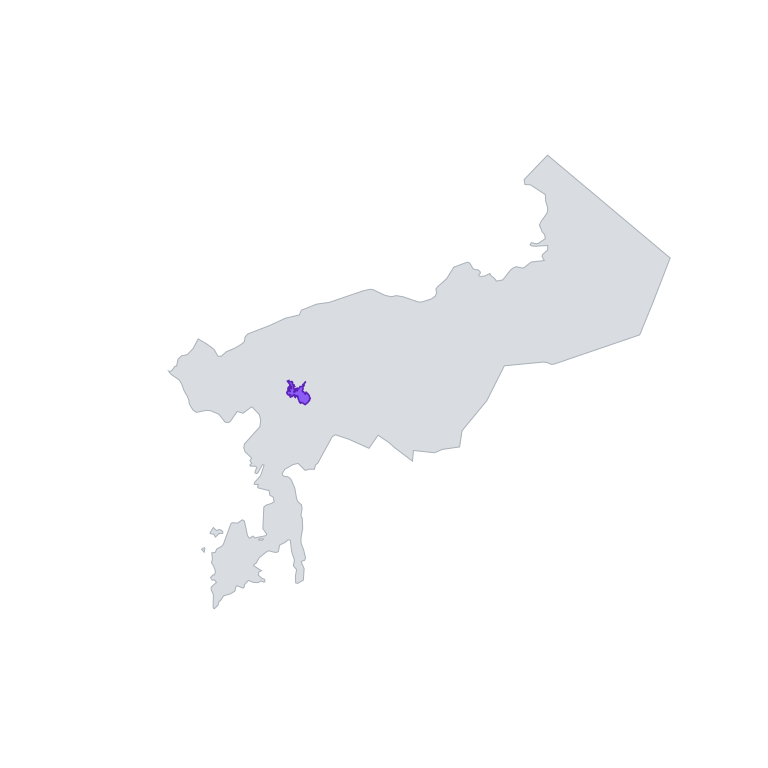 location of Kattakurgan, Samarkand, Uzbekistan, rotated 123°
{"feature_id": "79887680B42303592957509", "entity_name": "Kattakurgan", "entity_type": "district", "adm_level": 2, "iso_a3": "UZB", "parent_name": "Uzbekistan", "parent_adm1": "Samarkand", "projection": "orthographic", "projection_center": [66.271, 39.924], "detail": "fine", "context": "in_parent", "style": "filled", "palette": "violet", "viewbox_px": 768, "rotation_deg": 123, "n_neighbors": 0, "source": "geoboundaries", "source_scale": "gbopen_adm2", "svg_char_len": 6813}
<svg xmlns="http://www.w3.org/2000/svg" viewBox="0 0 768 768"><g transform="rotate(123 384 384)"><path d="M582.4,350.4L592.4,344.8L598.3,347.9L598.9,349.8L592.8,353.9L587.3,356.2L585.8,361.0L580.3,363.3L574.9,370.2L566.3,377.3L566.2,378.7L567.1,379.7L570.0,380.4L576.1,383.8L581.7,381.4L583.1,381.8L584.7,383.9L586.6,389.8L589.2,391.3L597.6,394.0L603.8,393.7L606.9,394.8L607.4,394.2L607.3,385.2L610.0,386.6L612.7,385.3L613.5,380.8L612.8,377.8L614.7,376.1L615.8,377.1L616.1,379.8L619.2,381.4L621.6,385.7L622.6,390.7L628.4,391.7L630.4,390.6L632.0,391.0L633.2,397.4L634.1,397.9L639.0,396.3L643.8,398.6L649.1,403.2L654.8,403.1L656.1,403.9L660.1,402.8L664.8,403.8L665.0,404.6L664.3,405.7L653.6,412.4L650.8,416.8L648.5,418.3L641.6,416.5L640.7,419.1L642.1,421.5L640.7,424.2L637.2,423.5L636.4,422.2L633.1,423.1L629.5,427.7L627.8,431.4L624.2,432.6L619.4,436.5L617.1,433.8L613.5,434.4L608.5,431.8L606.1,431.4L584.7,436.3L583.0,435.8L580.5,431.1L575.0,428.8L575.0,426.4L585.6,415.8L586.7,412.7L583.0,411.2L583.4,408.5L575.9,400.8L574.6,400.3L573.7,400.7L571.3,406.8L552.6,417.8L549.8,416.9L545.4,413.3L542.5,412.0L539.2,415.4L539.5,419.2L536.0,422.3L539.6,432.7L539.3,434.0L536.8,434.5L538.8,438.3L537.3,438.9L528.0,437.6L517.4,440.3L517.7,442.0L527.3,441.4L528.6,442.1L528.9,443.4L528.4,444.2L523.3,445.3L522.9,446.9L525.7,451.5L524.5,452.5L522.6,451.7L521.3,454.7L518.1,454.7L516.5,463.6L513.9,466.8L510.3,468.4L487.4,464.8L481.5,467.7L477.6,471.8L475.2,481.6L475.4,482.7L485.3,486.3L487.0,492.2L498.9,492.5L500.9,493.4L501.9,494.8L502.5,496.4L499.3,506.2L500.8,514.7L502.8,518.6L510.0,525.9L509.8,530.1L508.2,533.8L506.3,537.0L504.2,538.4L501.3,542.5L498.8,547.6L493.8,554.2L492.2,557.9L491.8,568.5L490.5,571.7L490.2,570.5L488.4,569.3L483.0,569.0L482.0,567.7L475.2,570.3L470.8,569.2L466.4,564.9L458.0,563.4L447.4,564.4L447.0,553.5L447.5,545.3L451.0,538.9L450.9,537.7L449.1,535.5L442.8,533.8L435.3,528.7L428.4,525.3L424.5,524.2L420.1,526.1L416.1,525.5L397.9,512.2L382.5,502.5L372.1,492.6L367.1,493.5L353.8,484.1L345.4,474.4L317.4,452.4L312.0,447.1L310.8,444.4L309.1,431.4L306.8,425.3L303.3,422.0L300.5,415.6L296.6,400.2L295.1,397.4L286.9,390.6L282.2,388.8L278.6,389.6L276.5,392.0L273.7,392.1L261.5,388.8L248.0,389.1L236.6,380.6L236.0,379.3L236.2,377.2L238.8,372.2L238.5,370.0L237.1,367.4L237.3,364.9L238.5,363.5L240.6,364.1L241.5,363.3L241.3,361.9L238.8,358.5L233.6,355.3L234.8,353.4L235.4,348.5L236.4,345.9L235.8,345.0L232.0,341.1L219.0,339.9L215.9,338.6L213.6,337.0L211.5,331.3L210.4,330.0L201.5,327.0L193.2,316.8L191.0,320.9L189.2,321.5L182.4,319.8L178.7,322.1L186.3,332.5L187.9,335.6L187.7,337.3L185.2,337.4L183.4,332.6L182.1,331.2L174.2,327.9L171.3,330.6L170.2,334.2L166.1,340.2L161.9,340.8L152.1,340.3L149.0,341.4L146.9,342.9L142.6,348.0L137.3,351.9L137.2,369.7L140.0,374.4L136.3,377.8L103.0,371.5L122.5,212.6L169.8,202.7L203.5,196.3L274.7,252.2L276.4,254.3L277.1,258.7L278.8,262.3L303.2,293.0L341.9,288.7L380.9,293.1L395.6,286.3L407.0,299.4L414.1,304.1L423.7,323.1L433.2,318.1L431.6,340.7L430.4,347.6L430.2,361.1L446.1,361.6L449.5,383.4L453.1,397.2L456.5,398.7L486.8,396.4L489.1,397.4L493.4,395.9L496.2,400.3L499.4,403.1L497.4,412.8L501.2,416.5L509.7,420.8L514.9,420.5L515.8,418.9L515.5,416.6L514.2,414.3L514.3,411.5L515.0,409.4L519.9,402.1L527.9,394.7L529.6,392.1L530.2,387.6L533.0,384.9L539.9,381.8L540.9,379.6L549.3,373.6L558.8,369.6L563.0,366.5L567.0,360.9L572.9,354.8L575.3,354.6L577.0,356.3L578.4,356.4L582.4,350.4ZM583.1,404.2L581.8,401.5L580.2,400.5L579.5,401.0L582.1,404.4L583.1,404.2ZM603.8,448.8L597.3,449.0L598.2,444.7L595.7,442.8L595.2,440.7L595.6,438.7L597.1,437.9L599.2,440.9L604.2,442.0L602.7,445.0L604.1,448.2L603.8,448.8ZM623.0,443.2L622.0,447.1L619.1,445.6L619.5,444.6L623.0,443.2Z" fill="#d9dde1" stroke="#a8b0b8" stroke-width="1"/><path d="M445.3,459.1L445.2,458.6L445.2,458.3L445.1,458.1L444.9,457.7L444.5,457.8L444.3,457.5L444.2,457.2L445.0,457.4L445.3,456.7L445.4,456.2L445.5,456.0L445.3,455.9L445.7,455.8L445.9,455.7L446.0,455.4L445.6,455.3L445.4,455.1L445.2,454.9L445.2,455.0L445.1,454.9L444.4,454.5L443.9,454.1L443.7,454.0L443.2,453.8L442.9,453.8L442.5,454.1L442.4,454.0L441.8,453.5L441.7,453.1L441.8,452.6L442.2,452.4L442.8,452.4L443.1,452.1L443.5,451.8L443.5,451.1L443.1,451.3L442.7,451.3L442.3,451.1L442.0,451.0L441.5,450.9L441.7,450.4L441.5,450.1L441.2,450.1L441.0,449.9L441.2,449.5L441.9,449.5L442.3,449.3L442.3,448.6L442.8,447.9L443.2,447.9L443.5,447.4L443.8,446.6L444.3,446.1L444.9,445.7L444.9,445.0L445.0,444.3L445.5,444.3L445.6,443.6L445.4,443.3L445.0,443.5L444.6,443.2L444.3,443.0L444.1,442.6L444.2,442.1L444.2,441.6L444.2,440.7L444.3,440.1L444.4,439.5L444.1,438.8L443.6,438.9L442.8,438.3L442.5,438.2L442.1,438.3L441.6,438.1L441.0,437.8L440.5,437.9L439.7,437.7L439.3,437.9L438.8,437.8L438.6,437.5L438.0,437.6L437.5,437.9L437.2,438.2L436.7,437.9L436.1,438.0L435.9,438.9L434.5,440.4L433.8,441.9L433.3,444.9L434.5,445.0L435.2,444.3L435.5,444.6L434.9,445.2L434.9,446.4L434.4,446.8L434.3,447.8L434.7,448.1L434.4,448.6L433.8,449.1L433.2,449.0L432.0,449.2L431.5,450.0L430.6,450.4L429.9,450.2L428.7,450.2L427.9,450.8L427.0,451.1L425.6,450.8L424.5,451.1L425.2,451.2L425.9,451.1L426.9,451.4L427.7,451.2L428.0,451.3L428.6,451.8L428.9,451.3L429.6,451.1L430.2,451.1L430.6,451.5L431.0,451.9L431.9,453.0L434.2,453.0L434.5,453.7L435.5,453.5L435.7,453.2L436.8,453.0L436.9,453.5L436.7,453.9L436.9,454.6L436.7,454.9L435.4,455.0L436.0,455.5L436.7,456.0L437.4,456.1L437.3,456.6L436.8,457.1L436.3,457.5L436.0,458.2L435.4,458.1L435.0,457.9L435.3,458.6L434.9,458.6L434.6,458.4L434.1,458.6L433.7,458.9L433.8,459.3L434.4,460.0L433.9,460.7L433.6,461.1L433.0,461.0L432.8,461.0L432.6,461.5L432.6,461.8L432.2,462.0L432.0,462.5L432.5,463.2L433.1,463.7L433.4,464.2L433.3,465.1L432.8,465.7L433.3,466.0L433.7,466.3L434.2,466.6L434.5,466.2L434.7,465.3L435.4,463.4L435.7,462.8L435.7,462.2L436.4,461.5L436.5,460.8L436.6,460.5L436.6,460.3L436.9,460.2L437.0,460.5L436.7,461.1L437.3,461.1L437.4,460.7L437.4,460.4L437.5,460.1L437.7,459.8L437.9,459.4L438.1,459.1L438.3,459.1L438.2,459.9L438.6,460.0L438.4,460.4L438.2,460.7L438.0,460.8L437.6,461.2L437.3,461.6L437.2,462.0L437.5,461.9L438.0,461.8L438.3,461.2L438.6,460.9L439.1,460.8L439.0,461.1L438.7,461.3L438.1,462.2L438.3,462.3L438.6,462.4L439.1,462.0L439.1,462.4L439.3,462.4L439.5,462.3L439.7,462.0L440.0,461.9L440.2,462.0L440.4,462.0L440.7,461.9L440.9,461.4L440.8,461.0L440.6,460.3L440.5,460.2L440.6,459.8L440.9,459.6L440.8,459.4L440.9,459.2L441.1,458.8L441.3,458.7L441.5,459.1L441.8,459.4L441.9,459.7L441.6,460.0L441.4,460.0L441.9,460.6L442.1,460.9L442.5,461.1L443.0,461.1L443.4,460.8L443.7,460.6L444.0,460.8L444.3,460.8L444.7,460.3L444.9,459.8L445.1,459.5L445.3,459.1ZM438.2,454.2L438.8,454.6L439.2,454.4L439.9,455.0L439.7,455.3L439.5,455.2L438.9,455.6L438.4,455.3L438.1,455.2L437.8,454.6L438.2,454.2Z" fill="#8b5cf6" stroke="#5b21b6" stroke-width="1.5"/></g></svg>